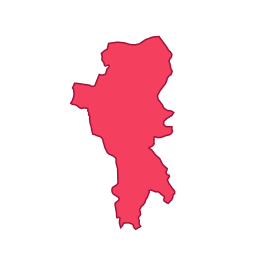 the border of Meknès - Tafilalet, rotated 199°
{"feature_id": "MAR-1452", "entity_name": "Meknès - Tafilalet", "entity_type": "Region", "adm_level": 1, "iso_a3": "MAR", "parent_name": "Morocco", "parent_adm1": "", "projection": "robinson", "projection_center": [-5.04, 32.255], "detail": "fine", "context": "isolated", "style": "filled", "palette": "rose", "viewbox_px": 256, "rotation_deg": 199, "n_neighbors": 0, "source": "natural_earth", "source_scale": "10m", "svg_char_len": 2960}
<svg xmlns="http://www.w3.org/2000/svg" viewBox="0 0 256 256"><g transform="rotate(199 128 128)"><path d="M193.1,152.9L190.8,153.6L179.1,155.8L177.6,155.9L175.9,155.5L173.1,156.9L172.6,169.3L169.7,169.5L167.4,171.1L166.9,171.8L166.8,172.6L167.0,176.2L167.0,177.3L166.1,178.8L165.9,179.7L166.0,180.5L166.5,181.0L167.2,181.0L167.9,180.7L169.0,179.6L169.6,179.2L170.3,179.4L170.9,180.0L172.0,181.8L172.8,182.5L174.2,183.3L174.7,183.7L175.1,184.6L175.3,185.4L175.3,186.4L177.5,189.9L175.3,193.6L173.3,195.6L173.6,198.6L173.9,201.6L166.3,205.6L159.5,207.3L153.3,207.6L148.5,208.9L144.6,211.3L140.1,217.3L134.5,221.9L128.5,224.6L122.3,220.3L118.0,217.3L114.8,214.6L112.7,213.8L110.4,211.8L110.1,208.8L110.9,206.8L111.0,204.4L109.5,202.6L108.0,200.5L107.3,198.7L106.0,197.2L104.7,196.2L104.6,194.0L104.8,192.3L105.9,191.2L107.1,187.9L106.8,185.5L107.0,182.5L109.9,173.5L110.7,168.2L109.1,165.2L102.9,160.9L101.0,158.8L98.6,157.9L96.6,157.4L93.5,158.1L91.4,158.0L89.7,157.4L90.6,154.2L94.3,149.7L96.3,146.1L95.6,143.1L92.8,141.6L86.9,143.5L86.0,140.9L84.8,139.5L85.1,137.4L86.3,135.3L89.3,133.4L93.7,129.9L95.4,129.1L97.0,128.5L100.2,128.5L100.5,127.7L99.3,124.9L99.1,123.3L98.1,121.6L98.9,119.2L100.1,117.7L101.6,116.6L101.7,115.9L98.3,114.9L93.1,111.4L88.2,109.5L83.3,104.7L77.6,102.3L77.5,100.3L77.8,99.3L77.0,97.4L75.8,96.8L73.8,96.7L73.1,96.0L73.3,94.2L73.6,93.3L74.0,91.9L71.2,88.8L66.4,85.3L64.9,84.5L63.2,83.2L62.5,81.1L63.6,79.7L63.2,77.5L63.0,76.5L63.3,75.2L63.4,74.2L64.6,71.8L65.2,70.1L66.2,69.8L67.3,69.9L70.0,70.8L70.8,71.6L70.9,72.6L71.0,73.5L70.9,74.3L71.4,75.0L73.3,75.7L74.3,75.9L75.4,76.2L76.1,76.8L78.3,77.4L79.4,77.4L80.2,76.9L81.3,76.6L85.9,76.9L87.0,76.4L87.8,75.8L87.3,75.1L87.1,74.2L87.0,73.4L87.1,72.2L87.1,71.1L87.3,69.8L87.2,68.6L87.7,67.1L87.9,65.5L87.8,64.0L87.8,62.9L88.6,60.2L89.8,58.2L90.4,54.9L89.9,53.7L89.2,52.9L88.9,51.9L88.2,51.1L87.9,50.2L89.0,46.9L88.5,45.7L87.6,44.6L86.9,43.4L86.8,42.4L85.9,40.6L85.4,40.0L84.0,39.2L84.9,37.7L86.2,36.8L86.7,35.7L87.4,35.2L87.8,34.7L89.7,35.6L90.2,36.4L91.0,36.9L91.3,38.0L92.2,38.4L93.4,38.6L95.1,38.5L96.5,38.6L100.6,36.9L101.3,36.3L101.4,35.5L101.2,34.6L102.5,31.4L104.2,33.9L105.2,35.4L105.7,37.0L106.0,38.8L106.1,39.9L106.8,40.5L107.8,40.4L108.5,39.9L109.4,39.6L109.9,40.6L111.6,44.7L115.0,50.7L115.7,52.6L115.1,53.8L113.2,56.8L113.3,58.2L114.5,59.4L120.2,60.7L121.9,62.0L123.1,64.1L123.3,66.7L120.1,70.6L119.5,72.6L124.7,86.4L128.0,91.3L128.7,93.2L129.1,94.8L130.5,96.0L133.7,96.9L137.0,97.1L139.5,98.0L143.4,101.9L147.3,107.5L148.1,109.0L149.8,110.2L151.8,110.9L155.0,110.6L156.6,110.9L159.3,110.7L161.8,114.5L162.9,116.7L165.6,120.6L167.3,124.2L167.9,126.6L169.5,127.6L170.0,129.6L171.6,131.1L172.0,132.9L173.1,133.4L175.4,132.9L177.2,132.1L178.3,131.3L179.9,131.3L181.8,131.9L183.2,132.4L185.0,132.9L186.8,132.5L188.7,132.3L190.3,132.8L189.6,135.1L189.5,139.1L189.9,142.2L191.9,146.6L193.5,147.8L193.2,150.3L193.1,152.9Z" fill="#f43f5e" stroke="#9f1239" stroke-width="1.5"/></g></svg>